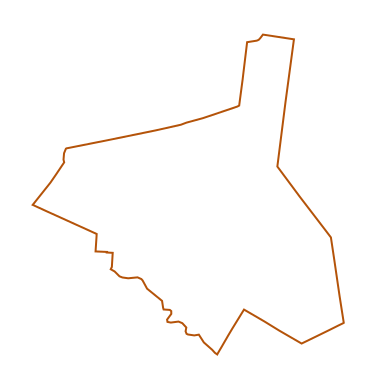 Mavrodin, Teleorman, Romania, rotated 3°
{"feature_id": "2599482B71627865865788", "entity_name": "Mavrodin", "entity_type": "district", "adm_level": 2, "iso_a3": "ROU", "parent_name": "Romania", "parent_adm1": "Teleorman", "projection": "albers", "projection_center": [25.255, 44.051], "detail": "fine", "context": "isolated", "style": "outline", "palette": "amber", "viewbox_px": 384, "rotation_deg": 3, "n_neighbors": 0, "source": "geoboundaries", "source_scale": "gbopen_adm2", "svg_char_len": 1307}
<svg xmlns="http://www.w3.org/2000/svg" viewBox="0 0 384 384"><g transform="rotate(3 192 192)"><path d="M350.4,314.7L344.7,287.6L337.8,253.1L333.1,230.1L328.2,224.3L299.9,191.1L275.9,162.1L280.6,98.1L285.5,38.0L285.8,34.2L254.6,31.1L252.1,34.8L251.5,35.5L250.9,36.3L249.6,37.1L248.6,37.5L239.2,39.5L237.1,70.4L236.7,76.7L236.5,79.1L235.1,96.7L234.6,103.2L232.8,104.3L199.0,117.7L182.9,123.0L177.4,125.4L152.4,132.4L98.0,146.5L95.9,147.0L65.9,154.6L64.3,155.0L63.8,155.4L63.0,157.7L62.2,160.0L62.0,166.4L62.8,169.1L55.2,181.8L50.1,190.1L36.9,208.6L33.6,213.2L47.7,218.8L78.1,230.7L99.0,238.9L99.0,241.2L98.9,249.2L98.8,256.4L110.2,256.3L110.1,256.9L116.0,256.9L115.9,271.0L114.9,273.4L118.9,275.4L124.0,280.0L127.0,281.0L132.8,281.5L142.1,280.1L146.0,281.6L147.3,282.9L152.2,290.9L167.8,302.3L169.2,309.1L169.8,310.8L176.0,310.9L177.5,312.0L177.7,314.8L173.8,320.7L174.3,323.0L177.7,323.5L185.3,322.1L189.2,323.5L193.4,327.6L192.9,331.5L194.0,333.9L195.4,334.5L201.8,335.1L206.3,334.1L211.7,341.6L220.5,348.6L223.3,351.4L225.7,352.9L226.1,352.0L227.7,348.9L229.7,345.1L232.8,339.0L234.3,336.1L235.4,333.9L239.4,326.3L250.1,306.7L271.1,317.5L286.5,325.9L309.4,337.6L324.6,329.2L334.5,323.7L337.0,322.3L345.3,317.6L348.4,315.9L349.5,315.3L350.4,314.7Z" fill="none" stroke="#b45309" stroke-width="2"/></g></svg>